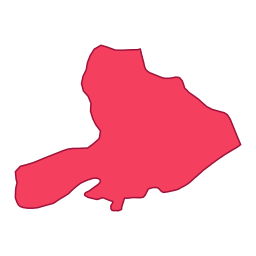 Rassd, Abyan, Yemen
{"feature_id": "15242507B3487968340126", "entity_name": "Rassd", "entity_type": "district", "adm_level": 2, "iso_a3": "YEM", "parent_name": "Yemen", "parent_adm1": "Abyan", "projection": "orthographic", "projection_center": [45.274, 13.725], "detail": "fine", "context": "isolated", "style": "filled", "palette": "rose", "viewbox_px": 256, "rotation_deg": 0, "n_neighbors": 0, "source": "geoboundaries", "source_scale": "gbopen_adm2", "svg_char_len": 2732}
<svg xmlns="http://www.w3.org/2000/svg" viewBox="0 0 256 256"><path d="M140.3,49.0L140.2,49.0L137.7,49.7L130.4,49.8L122.7,50.2L115.3,50.1L110.5,48.3L110.4,48.3L108.3,47.5L107.5,47.2L101.1,45.3L100.9,45.3L99.9,45.9L98.1,46.9L96.6,47.8L94.3,49.1L90.2,55.6L87.5,62.5L86.2,69.8L83.0,76.4L81.5,83.6L83.4,90.9L88.2,96.4L91.0,103.4L90.5,111.1L92.7,118.3L94.5,122.1L96.0,125.0L100.5,131.0L100.3,132.1L99.6,136.6L99.2,138.6L95.7,141.7L93.7,143.5L87.7,148.0L78.2,148.4L73.3,148.4L73.1,148.4L70.4,148.8L67.9,149.1L62.5,150.9L59.8,152.0L58.0,152.7L56.0,153.5L55.8,153.6L54.1,154.2L52.8,154.8L51.4,155.3L50.4,155.7L48.1,156.6L47.9,156.7L45.1,157.8L43.8,158.3L42.9,158.7L33.5,162.6L26.9,164.6L20.3,166.3L15.4,171.7L16.1,179.1L17.1,183.0L16.6,184.5L16.3,185.9L15.9,187.7L15.6,190.5L15.4,195.1L15.4,197.9L16.9,202.1L17.8,203.8L18.4,204.9L20.4,206.6L22.0,207.1L23.5,207.6L27.9,208.2L32.7,208.2L37.7,207.7L43.2,206.1L49.7,204.3L50.4,204.1L53.1,203.4L55.3,202.1L57.0,200.9L60.1,198.8L63.4,196.9L68.4,193.8L71.6,190.6L74.1,188.3L74.5,188.0L77.1,185.8L80.4,183.3L84.0,181.5L87.6,180.0L93.1,178.3L94.5,178.2L95.0,178.1L96.6,178.1L99.2,179.0L99.9,179.7L100.0,179.8L100.3,181.6L100.1,182.4L98.3,184.3L92.2,188.7L90.1,190.3L88.8,191.1L85.7,192.6L84.7,193.7L84.7,194.7L84.8,195.4L88.0,197.3L89.4,197.7L97.1,199.5L102.9,197.7L105.8,198.9L109.0,200.2L112.8,201.5L112.8,202.2L112.7,202.7L112.2,203.6L111.4,204.8L110.9,205.7L110.9,207.1L111.0,208.9L112.0,210.3L113.7,210.7L115.3,210.5L116.7,210.7L118.4,210.7L120.3,210.0L121.5,209.4L121.7,207.1L123.2,202.3L123.9,200.0L124.5,198.2L124.8,198.1L127.4,198.2L129.9,197.9L132.8,197.6L135.4,197.6L138.0,197.7L140.6,197.7L143.5,197.1L145.2,195.1L146.3,192.8L147.5,190.6L147.8,189.7L148.8,188.8L150.2,188.3L152.3,187.7L154.9,187.5L157.4,187.7L158.7,188.5L161.0,191.0L161.9,191.7L163.4,192.4L165.0,192.2L167.8,191.8L170.6,191.2L173.7,190.5L176.2,189.9L178.7,189.0L181.1,187.6L183.9,186.2L186.0,184.9L188.3,183.5L190.5,181.7L192.5,179.9L194.4,178.0L196.4,176.5L198.8,174.3L200.9,172.4L203.4,170.1L205.5,168.6L207.8,166.8L210.1,165.1L212.2,163.4L214.5,161.8L216.8,160.1L219.4,158.2L221.8,156.7L224.4,154.8L226.9,153.3L229.1,152.0L231.6,150.5L232.0,150.2L235.0,148.5L237.1,147.2L238.3,146.4L239.5,145.5L240.6,144.6L235.6,132.5L234.6,130.0L230.2,119.2L227.4,114.8L224.4,112.8L219.6,111.5L212.4,109.5L206.7,106.6L201.6,102.1L198.6,99.3L188.5,92.1L186.9,90.2L184.8,88.3L184.7,88.2L183.8,85.3L182.4,81.1L180.2,78.3L178.7,77.4L175.7,77.1L172.5,77.8L169.8,78.2L168.5,78.3L165.7,78.3L163.5,78.1L163.0,77.9L160.2,77.0L157.9,76.0L155.3,75.0L152.2,73.7L149.9,72.8L147.8,71.5L145.9,69.7L144.8,67.4L144.1,64.7L143.6,62.2L142.8,59.5L142.2,56.8L141.4,54.2L140.9,51.5L140.3,49.0Z" fill="#f43f5e" stroke="#9f1239" stroke-width="1.5"/></svg>